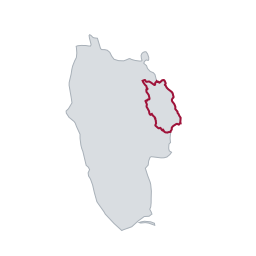 Lithuania, with Alytaus highlighted, rotated 251°
{"feature_id": "LTU-1067", "entity_name": "Alytaus", "entity_type": "County", "adm_level": 1, "iso_a3": "LTU", "parent_name": "Lithuania", "parent_adm1": "", "projection": "equal_earth", "projection_center": [24.158, 54.224], "detail": "fine", "context": "in_parent", "style": "outline", "palette": "rose", "viewbox_px": 256, "rotation_deg": 251, "n_neighbors": 0, "source": "natural_earth", "source_scale": "10m", "svg_char_len": 4520}
<svg xmlns="http://www.w3.org/2000/svg" viewBox="0 0 256 256"><g transform="rotate(251 128 128)"><path d="M90.9,161.3L89.4,159.2L87.9,155.4L88.1,152.4L89.0,149.5L93.3,140.7L93.1,139.3L90.1,136.8L86.4,135.0L84.3,131.3L76.8,131.1L69.6,131.3L67.3,131.1L60.6,129.5L54.0,127.0L49.7,125.5L46.0,123.8L44.1,122.1L40.9,122.6L38.8,122.6L38.8,122.3L37.7,119.2L39.0,114.5L36.9,107.6L33.4,99.4L33.3,90.6L33.1,88.7L42.3,83.7L53.9,78.5L56.6,78.0L67.2,74.9L68.6,74.6L78.2,75.2L85.7,76.0L92.0,75.9L95.5,75.1L98.6,75.7L101.1,78.1L103.7,77.8L106.3,76.3L120.5,77.7L123.7,77.6L127.2,77.9L133.9,79.3L137.7,80.6L146.1,79.8L149.7,79.7L151.6,79.2L157.3,75.7L159.8,75.1L162.1,74.5L164.2,75.0L165.6,78.0L170.0,83.2L174.6,84.1L187.5,86.2L190.2,87.2L197.5,91.8L201.9,94.1L204.7,95.9L208.9,99.5L211.4,102.1L215.5,104.0L220.4,105.3L222.1,105.6L222.1,107.4L221.3,110.6L219.8,114.8L218.1,118.0L217.7,119.3L219.0,120.3L225.4,120.8L228.1,121.3L228.7,122.2L227.3,123.3L225.3,124.2L224.4,125.1L222.8,128.3L212.2,127.9L210.8,128.5L210.2,130.0L209.6,131.6L208.3,133.7L205.5,135.4L201.1,136.0L197.5,137.2L194.8,140.9L192.9,145.8L193.0,149.3L193.2,151.3L193.0,152.4L191.7,153.6L189.5,156.8L187.7,160.4L187.0,162.4L187.4,163.3L189.4,163.3L192.4,164.0L194.0,165.5L194.6,167.1L194.6,168.9L194.1,169.9L191.7,170.6L188.0,170.6L185.8,169.8L185.3,169.1L186.4,167.4L185.6,165.2L184.0,164.0L180.9,165.8L177.9,165.8L174.3,167.4L172.0,170.0L169.7,170.9L163.6,170.4L162.1,171.5L160.9,176.7L160.1,177.8L155.0,177.5L150.1,179.6L144.5,181.3L141.7,180.1L140.1,178.8L137.1,179.0L133.8,179.6L131.6,179.3L129.1,179.4L124.2,180.4L118.2,180.1L115.6,179.3L115.4,178.4L115.6,176.4L115.5,173.2L114.6,170.5L111.7,168.0L108.7,166.3L104.8,164.5L102.0,163.8L100.4,163.5L100.0,162.5L99.5,161.6L98.1,160.9L95.3,159.8L92.9,159.6L90.9,161.3ZM29.3,122.0L27.3,121.6L31.3,116.7L32.9,113.6L34.0,109.1L35.0,107.7L35.0,109.7L34.5,113.1L31.9,118.9L29.3,122.0Z" fill="#d9dde1" stroke="#a8b0b8" stroke-width="1"/><path d="M163.0,170.4L161.9,170.9L161.8,171.1L161.8,171.5L161.8,171.9L161.2,172.2L160.9,172.5L160.7,172.5L160.8,173.3L161.2,174.2L161.7,175.0L162.0,175.8L161.9,177.0L161.5,177.7L160.8,178.0L158.6,178.2L158.0,178.2L157.4,177.8L157.0,177.0L156.9,176.9L156.7,176.9L155.8,177.4L153.6,177.7L151.8,178.5L147.9,181.1L146.6,181.5L145.4,181.5L144.3,181.3L143.1,181.3L142.4,181.2L142.0,180.8L141.4,179.6L140.5,178.7L139.4,178.4L138.2,178.6L136.1,179.4L135.1,179.6L132.8,179.7L132.3,179.6L131.2,179.1L130.7,178.9L130.2,179.0L127.5,180.1L127.3,180.1L127.0,180.1L126.3,179.8L126.1,179.8L125.6,179.9L125.0,180.3L122.8,180.5L121.1,181.0L120.5,181.1L120.0,180.9L116.8,179.5L115.6,179.3L115.8,179.0L115.8,178.8L115.7,178.6L115.5,178.4L115.1,178.2L114.9,177.8L114.7,177.5L114.7,177.0L114.9,176.8L115.1,176.6L115.5,176.4L116.0,175.7L116.0,174.7L115.5,172.7L115.3,171.8L114.9,170.8L114.4,170.0L113.9,169.4L113.5,169.2L112.8,169.1L112.4,168.9L112.1,168.6L111.5,167.7L111.2,167.3L110.5,166.9L110.6,166.1L111.0,164.7L110.9,164.4L110.8,164.2L110.8,163.9L110.9,163.6L111.2,163.1L111.3,162.7L111.7,162.0L112.3,161.4L112.8,161.1L113.7,160.9L114.8,160.7L115.1,160.6L115.1,160.4L114.6,160.1L114.4,159.9L114.7,159.6L115.0,159.4L117.6,158.7L117.7,158.4L117.7,158.2L117.6,157.8L117.6,157.4L117.7,157.0L117.9,156.7L118.2,156.5L121.1,154.8L121.5,154.7L121.8,154.8L122.4,155.3L122.7,155.6L123.3,156.1L125.1,156.4L125.5,156.7L128.7,156.6L128.8,156.7L128.7,156.9L128.8,156.9L129.3,156.8L130.2,156.4L131.4,155.7L133.4,155.1L133.6,155.1L133.6,154.8L133.6,154.7L133.3,154.4L133.2,154.3L133.1,154.2L133.0,153.8L133.1,153.6L133.3,153.4L133.5,153.3L133.8,153.1L134.5,153.0L135.2,153.0L135.9,153.1L136.2,153.2L136.5,153.3L136.8,153.4L140.6,152.8L141.3,152.6L142.0,152.5L142.5,152.6L143.3,153.0L143.6,153.3L144.2,153.5L144.7,153.5L147.8,153.3L148.1,154.2L148.0,154.5L148.0,154.9L147.8,155.0L147.7,155.2L147.8,155.3L148.4,155.7L148.5,156.1L148.4,156.7L148.2,157.1L148.2,157.4L148.4,157.7L149.1,158.0L152.1,158.3L152.7,158.3L153.8,158.0L154.3,157.8L155.1,157.6L155.7,157.3L156.2,157.3L157.1,157.4L158.1,157.8L158.4,157.9L158.4,158.2L158.4,158.4L158.3,158.7L158.4,158.9L158.6,159.2L159.0,159.2L159.3,159.1L159.8,158.8L160.2,158.8L160.9,158.9L161.4,159.0L161.7,159.0L163.4,158.1L166.2,157.3L167.9,157.2L168.0,159.2L167.9,159.4L167.8,159.7L167.2,159.9L166.3,160.0L165.9,160.2L165.8,160.3L165.7,160.5L165.5,161.1L165.3,162.4L165.1,163.1L163.9,164.2L160.1,166.9L160.0,167.4L160.2,167.7L160.5,167.9L161.4,168.2L161.7,168.4L161.9,168.6L162.1,168.9L162.3,169.5L163.0,170.4L163.0,170.4Z" fill="none" stroke="#9f1239" stroke-width="2"/></g></svg>